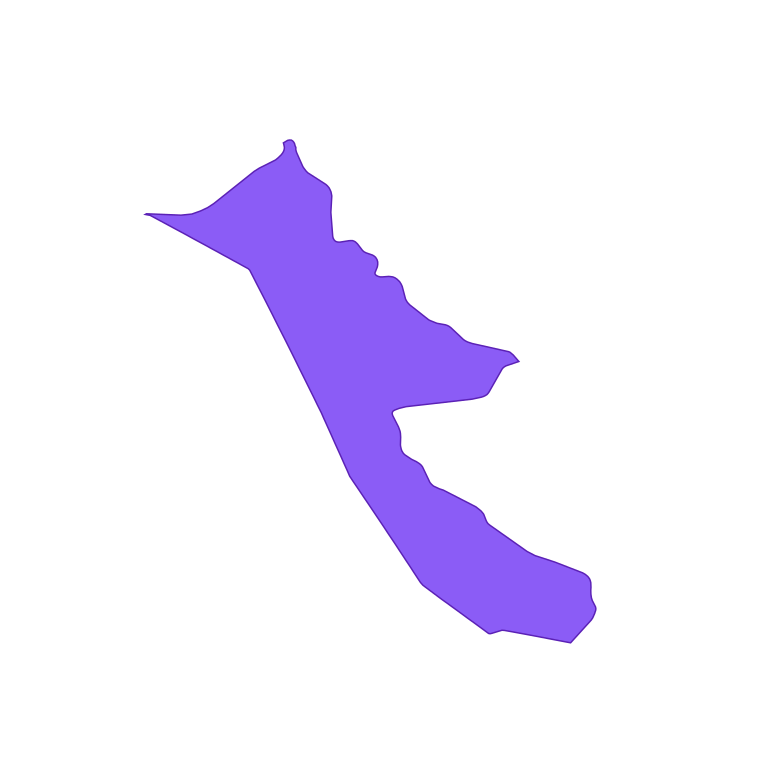 Al Hudud ash Shamaliyah, orthographic projection, rotated 205°
{"feature_id": "SAU-861", "entity_name": "Al Hudud ash Shamaliyah", "entity_type": "Region", "adm_level": 1, "iso_a3": "SAU", "parent_name": "Saudi Arabia", "parent_adm1": "", "projection": "orthographic", "projection_center": [42.216, 29.79], "detail": "fine", "context": "isolated", "style": "filled", "palette": "violet", "viewbox_px": 768, "rotation_deg": 205, "n_neighbors": 0, "source": "natural_earth", "source_scale": "10m", "svg_char_len": 3283}
<svg xmlns="http://www.w3.org/2000/svg" viewBox="0 0 768 768"><g transform="rotate(205 384 384)"><path d="M183.8,202.1L196.7,204.7L209.7,207.2L222.7,209.8L235.7,212.3L241.0,213.3L263.5,218.0L267.0,219.5L270.6,221.7L277.4,225.9L283.1,229.5L288.9,233.0L294.7,236.6L300.4,240.1L306.2,243.7L312.0,247.2L317.8,250.7L323.6,254.3L329.4,257.8L335.2,261.3L341.0,264.8L346.8,268.3L352.7,271.8L358.5,275.3L364.3,278.8L370.2,282.3L376.1,285.9L380.5,289.8L386.2,294.7L391.8,299.6L397.5,304.5L403.1,309.3L409.5,314.9L415.9,320.4L422.3,325.9L423.6,327.0L428.6,331.4L435.8,337.1L441.8,342.0L447.7,346.7L453.7,351.5L459.7,356.3L467.5,362.5L475.3,368.8L483.1,375.0L490.9,381.2L494.2,383.8L498.7,387.3L506.6,393.5L514.4,399.7L522.3,405.9L528.8,411.0L535.4,416.1L542.0,421.2L548.5,426.3L553.8,430.4L554.3,430.6L554.7,430.7L555.2,430.9L555.6,431.1L561.8,431.5L567.3,431.9L572.7,432.2L578.1,432.6L583.5,432.9L590.5,433.4L597.5,433.8L604.5,434.3L611.4,434.7L618.4,435.1L625.4,435.6L632.4,436.0L639.4,436.4L644.6,436.7L649.8,437.0L655.0,437.3L660.1,437.6L667.3,438.0L670.3,437.2L672.0,436.8L671.2,437.9L639.4,451.2L630.0,456.8L623.5,463.2L618.4,469.3L614.5,475.6L591.5,521.9L588.3,526.9L577.0,541.2L575.7,543.9L574.0,548.3L573.5,550.6L573.4,551.8L573.4,553.3L573.7,554.8L574.3,556.4L576.2,559.0L577.1,560.0L574.3,564.1L572.9,565.1L571.1,565.9L569.5,565.7L568.1,565.1L566.8,564.2L565.7,562.9L565.6,562.7L565.2,562.3L563.9,561.2L562.9,559.0L561.1,556.9L549.5,546.8L547.9,545.8L544.7,544.1L542.3,543.2L521.0,540.3L519.1,539.7L516.7,538.6L514.9,537.2L513.2,535.7L510.8,532.4L504.7,517.1L492.9,496.2L491.7,494.7L490.1,493.5L488.2,492.8L485.9,493.1L484.0,493.9L476.1,499.2L473.3,500.6L471.8,500.8L470.0,500.7L467.3,499.8L460.0,496.0L458.1,495.4L455.7,495.3L448.9,496.0L447.1,495.8L445.2,495.3L442.9,493.8L441.3,492.0L440.2,489.7L439.7,488.0L439.5,486.9L439.2,481.2L439.0,480.5L438.4,479.8L436.9,479.1L434.6,479.1L432.6,479.5L430.7,480.4L425.2,483.5L423.2,484.2L421.2,484.8L418.9,484.9L416.5,484.5L413.0,483.3L410.7,481.8L408.7,480.1L400.4,470.1L398.8,468.9L397.3,467.9L394.1,466.6L370.8,461.1L369.1,461.0L361.7,461.4L353.4,463.6L351.7,463.8L349.8,463.8L347.5,463.4L330.9,457.9L328.7,457.5L325.9,457.4L321.0,458.0L284.6,466.0L283.1,466.0L279.1,464.9L271.3,461.4L281.1,452.0L282.2,450.4L282.9,448.9L283.2,447.8L283.3,447.3L285.4,421.3L285.7,419.7L286.2,418.0L287.2,416.4L288.5,414.8L290.2,413.2L297.6,407.6L354.4,372.8L360.0,368.3L363.0,365.2L364.2,363.6L364.5,362.0L364.0,360.5L362.8,359.1L352.7,351.2L349.5,348.0L348.3,346.3L346.4,342.8L343.4,335.8L342.6,334.5L340.9,332.3L339.5,330.9L337.1,329.3L335.0,328.6L327.1,327.4L321.7,327.3L318.1,326.8L315.8,326.1L314.0,325.1L300.8,314.2L298.6,313.2L296.0,312.4L289.5,312.4L285.4,312.9L248.8,311.5L242.6,310.0L240.3,309.0L238.6,308.1L233.8,303.5L232.3,302.3L230.7,301.4L228.5,300.8L183.5,292.7L174.6,292.3L154.0,294.8L124.2,296.8L121.0,296.5L118.0,295.7L116.6,295.0L115.1,294.1L113.8,292.8L112.6,291.3L110.5,287.2L109.4,284.4L107.7,281.0L105.6,277.8L103.6,275.7L98.1,271.4L97.1,270.0L96.6,268.7L96.4,267.7L96.4,267.2L96.1,265.1L96.0,260.3L96.4,257.7L105.5,228.3L118.1,225.1L133.1,221.3L148.1,217.5L163.1,213.6L170.6,211.6L173.0,210.7L181.0,203.5L182.3,202.5L183.0,202.3L183.4,202.2L183.6,202.2L183.8,202.1Z" fill="#8b5cf6" stroke="#5b21b6" stroke-width="1.5"/></g></svg>